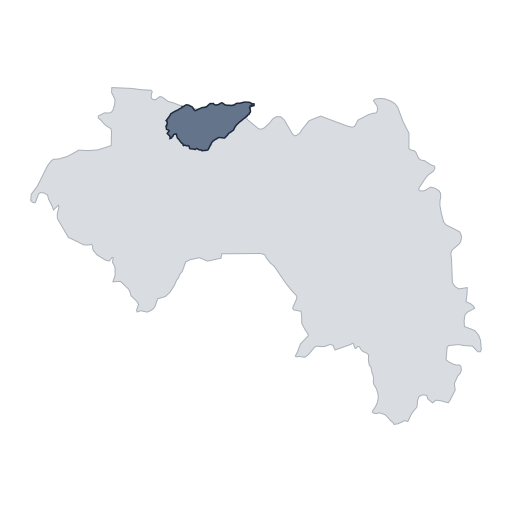 Mali, Mali, Guinea (highlighted)
{"feature_id": "49546643B49159513129654", "entity_name": "Mali", "entity_type": "district", "adm_level": 2, "iso_a3": "GIN", "parent_name": "Guinea", "parent_adm1": "Mali", "projection": "albers", "projection_center": [-12.025, 12.05], "detail": "fine", "context": "in_parent", "style": "filled", "palette": "slate", "viewbox_px": 512, "rotation_deg": 0, "n_neighbors": 0, "source": "geoboundaries", "source_scale": "gbopen_adm2", "svg_char_len": 7406}
<svg xmlns="http://www.w3.org/2000/svg" viewBox="0 0 512 512"><path d="M321.6,346.7L316.9,346.1L314.8,347.0L308.6,354.4L304.8,357.3L299.0,356.4L296.9,356.9L295.3,356.1L297.4,352.1L300.4,344.0L308.1,336.0L308.2,334.3L305.0,329.6L301.7,323.2L301.7,316.3L301.0,311.3L294.2,310.0L293.0,309.1L292.8,307.5L296.6,298.9L296.9,297.1L296.4,295.6L292.2,291.2L285.7,283.1L274.4,266.5L270.3,263.0L266.3,257.9L264.7,254.7L260.6,253.5L221.7,253.8L221.0,258.2L207.6,261.1L199.3,257.7L190.2,259.7L185.7,261.9L182.2,271.6L180.3,273.7L178.3,278.0L176.5,280.4L174.5,285.2L170.1,292.1L165.5,296.5L157.6,298.8L155.2,306.0L153.4,308.7L150.3,310.8L147.1,312.1L140.7,310.7L137.2,312.0L136.5,310.2L138.6,304.5L137.0,301.5L130.9,295.6L130.3,292.7L128.5,289.0L120.5,281.4L112.9,281.8L115.1,275.4L115.0,266.9L112.5,262.3L113.2,257.5L111.8,257.8L109.2,261.1L105.2,260.0L97.0,254.9L93.0,250.0L92.5,245.8L91.6,244.2L89.1,245.0L83.9,244.9L68.4,237.4L57.4,218.6L57.2,214.4L58.9,207.2L58.5,205.2L53.4,210.0L52.4,206.7L48.6,199.2L47.5,194.9L43.8,192.9L40.8,192.6L38.5,194.0L35.3,202.7L33.1,202.6L30.7,200.7L31.3,194.2L37.4,186.1L47.6,165.6L51.2,160.9L53.5,159.2L58.3,159.1L67.5,156.4L78.9,150.1L87.6,150.6L97.9,149.9L111.2,145.6L111.5,131.8L111.0,128.7L106.3,125.9L103.6,123.4L101.2,120.4L98.3,118.2L98.4,115.9L104.4,112.9L109.8,113.0L111.6,111.9L113.0,109.9L114.5,104.9L115.1,99.7L111.6,92.6L111.8,87.6L131.4,88.4L142.1,89.8L150.8,90.2L152.2,91.4L151.0,96.3L152.1,99.1L155.1,99.9L160.0,96.5L162.6,97.3L168.1,101.5L173.2,102.7L178.7,105.0L184.0,106.3L188.6,106.1L192.1,108.5L198.7,109.3L207.1,106.3L213.7,104.9L223.0,104.6L227.9,105.6L242.0,103.2L253.2,104.5L251.5,106.2L246.4,117.3L247.0,119.2L258.3,128.6L261.0,129.3L264.1,128.0L269.0,123.6L272.8,118.9L276.5,116.6L280.8,116.8L284.3,120.0L292.4,133.9L294.5,135.7L296.4,135.6L299.9,133.0L301.7,130.0L309.1,120.7L320.6,116.1L348.2,126.4L352.2,127.2L354.6,126.4L358.0,120.1L368.3,114.7L373.2,113.2L376.1,113.0L377.1,111.3L377.6,108.7L377.1,106.1L373.8,101.4L373.7,100.1L375.5,99.1L379.5,98.4L384.6,98.8L390.3,100.8L395.0,103.7L397.7,107.2L403.1,121.8L409.0,133.3L408.9,148.7L411.5,150.2L414.3,150.8L415.7,152.0L418.6,158.4L421.3,160.2L424.4,160.6L430.4,164.6L434.3,166.1L434.9,167.3L434.7,169.0L433.3,171.2L427.6,175.5L424.8,179.2L419.0,188.0L418.8,189.7L420.1,190.8L422.5,191.0L425.1,190.4L430.5,187.1L434.8,188.2L438.9,190.6L440.4,193.1L440.8,196.4L440.0,200.7L439.9,205.5L441.4,213.6L443.6,221.7L445.8,224.7L459.5,231.7L460.9,234.3L461.6,237.3L460.7,241.5L459.3,243.8L451.9,250.3L450.8,253.4L451.5,259.0L452.4,282.9L455.4,286.9L458.9,288.9L467.2,287.6L467.0,294.2L466.0,301.7L470.9,303.9L473.3,306.1L474.7,308.2L467.2,312.3L465.0,314.6L464.1,320.8L464.4,326.5L474.7,330.5L478.7,335.2L480.5,340.2L481.3,349.5L480.4,351.7L477.8,351.8L472.5,346.1L464.5,345.6L458.6,344.6L448.8,345.5L447.1,347.3L446.1,359.7L448.6,361.8L453.3,364.1L456.4,365.1L459.0,364.8L460.9,366.3L461.4,370.4L460.1,373.4L457.6,376.2L454.4,383.5L455.2,390.1L449.8,400.7L448.2,402.8L440.8,400.8L436.0,400.1L432.6,402.9L427.7,398.8L426.8,395.6L425.0,395.0L421.8,395.0L418.8,396.8L417.6,400.2L417.0,406.9L411.7,413.4L407.9,421.4L403.5,420.7L402.6,421.7L397.9,423.8L393.9,424.4L392.8,422.3L390.5,420.6L387.8,417.3L384.9,414.6L379.2,412.7L376.9,413.6L374.3,413.4L372.5,412.3L372.7,410.7L375.6,406.5L377.3,402.7L378.2,398.5L378.1,394.5L376.5,388.9L373.9,384.5L373.3,381.9L373.5,378.2L372.9,374.8L372.1,373.1L370.8,366.6L369.3,365.4L368.4,360.2L368.6,354.9L366.4,352.9L362.9,351.5L360.9,349.4L359.6,347.1L358.4,346.5L357.3,346.6L356.4,348.1L355.2,348.4L353.2,343.4L352.3,343.2L350.9,344.4L335.0,350.0L333.0,345.3L329.9,344.5L324.7,346.5L321.6,346.7Z" fill="#d9dde1" stroke="#a8b0b8" stroke-width="1"/><path d="M170.0,138.5L170.9,138.3L171.6,137.9L172.2,136.8L172.8,136.3L173.3,135.8L173.4,134.8L174.3,134.2L175.3,134.2L176.0,133.9L176.3,134.0L176.9,136.4L177.5,138.2L178.7,139.2L180.0,141.1L180.8,142.1L181.7,143.1L182.8,143.9L183.3,144.6L183.1,145.1L183.5,145.6L184.3,145.2L184.9,145.3L185.5,145.4L186.0,145.6L187.0,145.9L188.2,145.6L189.0,146.2L189.7,148.5L190.3,148.8L192.0,148.9L192.4,148.9L192.6,149.0L192.8,149.0L193.0,149.0L193.3,149.0L193.6,149.1L193.8,149.2L194.0,149.2L194.3,149.3L194.5,149.3L194.8,149.4L195.2,149.5L195.3,149.5L196.7,148.4L197.1,148.6L198.2,149.3L198.6,149.6L200.0,150.0L200.9,149.9L201.7,150.3L202.0,150.8L202.9,150.6L204.2,150.5L206.1,150.4L207.9,149.9L208.5,149.0L209.5,147.0L210.3,145.2L210.7,145.1L211.5,142.9L212.5,141.6L213.7,140.6L215.1,139.6L216.6,138.9L218.1,137.7L220.0,137.5L221.5,137.7L223.1,137.9L224.6,138.0L224.8,137.8L226.7,135.9L227.7,134.8L228.4,133.6L229.2,133.0L230.0,132.5L230.5,132.3L232.3,130.9L233.6,130.0L233.7,129.7L233.8,129.5L233.9,129.2L234.1,128.9L234.2,128.6L234.3,128.3L234.5,128.0L234.6,127.8L234.8,127.4L234.9,127.1L235.1,126.9L235.3,126.7L235.4,126.4L235.7,126.1L235.8,125.8L236.1,125.4L236.4,125.1L236.6,124.8L236.9,124.6L237.2,124.3L237.5,124.0L237.7,123.8L237.9,123.5L238.1,123.3L238.4,123.1L238.6,122.9L238.8,122.7L239.0,122.5L239.2,122.4L239.3,122.3L239.4,122.1L239.7,121.9L239.9,121.8L240.1,121.6L240.4,121.4L240.5,121.3L240.7,121.2L240.9,121.0L241.1,120.8L241.3,120.7L241.5,120.6L241.8,120.3L242.0,120.1L242.3,119.9L242.6,119.6L242.8,119.4L243.2,119.1L243.4,118.9L243.7,118.7L243.8,118.6L244.2,118.2L244.4,118.1L244.6,118.0L244.8,118.0L245.0,117.7L245.4,117.4L245.5,117.3L245.7,117.1L245.8,117.0L246.0,116.8L246.1,116.7L246.3,116.5L246.5,116.4L246.8,116.2L247.0,116.2L247.6,115.2L247.9,114.8L248.7,114.6L249.0,114.1L249.4,113.9L249.4,113.1L249.5,112.8L249.9,112.6L250.2,112.4L250.4,111.8L250.5,111.1L250.3,110.7L250.3,110.4L250.3,109.9L250.1,108.8L249.5,107.9L249.6,107.6L250.0,107.4L250.1,107.1L250.1,106.6L250.1,106.1L250.3,105.9L250.6,105.8L251.0,105.7L251.6,105.1L251.8,105.3L251.7,105.8L251.8,106.2L252.0,106.2L252.4,105.8L252.6,105.9L253.0,105.8L253.7,105.8L254.1,105.4L254.0,105.1L254.1,104.6L253.7,104.1L253.8,103.9L252.5,103.8L252.0,103.7L250.5,102.8L248.9,102.2L247.8,102.2L244.6,102.1L243.5,102.3L241.6,102.8L240.4,103.1L240.2,103.2L238.1,103.3L237.5,103.2L236.6,103.4L236.1,103.6L235.1,104.2L234.2,105.0L233.7,105.2L233.0,105.3L230.7,105.6L229.2,105.2L227.5,105.3L225.4,105.0L224.7,104.7L223.4,103.6L223.1,103.6L222.7,103.1L222.1,102.9L221.5,102.9L220.4,103.3L220.2,103.5L218.8,104.4L218.6,104.4L217.6,104.8L216.3,105.0L215.3,105.0L214.8,104.9L214.1,104.4L214.0,104.2L213.3,103.4L211.9,103.7L211.7,103.7L211.3,103.5L210.9,103.5L210.4,103.5L209.4,104.1L208.4,105.1L207.8,105.5L206.6,106.8L206.2,106.8L205.8,107.1L205.6,107.2L205.5,107.3L205.0,107.2L204.8,107.4L203.5,107.4L202.1,107.6L198.6,109.1L198.3,109.3L197.8,109.5L197.5,109.6L196.3,110.3L195.5,110.6L194.9,110.6L194.5,110.3L194.0,109.7L194.0,109.4L193.5,108.9L193.4,108.7L192.7,107.5L192.1,106.9L191.8,106.7L191.2,106.4L190.0,105.9L189.1,105.3L187.6,104.9L186.7,104.8L186.2,105.0L185.7,105.0L185.0,105.5L183.4,106.6L182.7,106.8L182.3,106.8L182.2,106.8L182.3,107.0L182.1,107.6L179.5,108.8L178.1,109.9L176.4,110.6L174.2,111.7L172.6,112.7L170.8,113.8L169.8,115.8L168.6,117.3L167.6,118.7L166.9,119.6L166.3,120.5L166.2,120.6L166.7,120.8L166.8,121.1L167.1,121.3L166.9,121.9L167.3,122.6L167.4,123.4L166.7,124.7L166.8,125.7L166.0,126.0L166.1,126.7L166.3,127.9L166.4,128.4L166.5,129.3L167.0,129.6L167.9,129.8L168.6,130.2L169.3,130.9L168.3,131.9L167.8,132.6L167.5,133.0L167.2,133.4L167.3,133.5L168.5,134.8L169.7,135.9L170.2,138.0L170.0,138.5Z" fill="#64748b" stroke="#1e293b" stroke-width="1.5"/></svg>